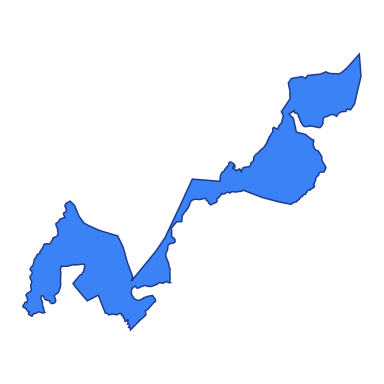 the district of San Mateo Yucutindoo, Oaxaca, Mexico
{"feature_id": "50627088B64335355179206", "entity_name": "San Mateo Yucutindoo", "entity_type": "district", "adm_level": 2, "iso_a3": "MEX", "parent_name": "Mexico", "parent_adm1": "Oaxaca", "projection": "robinson", "projection_center": [-97.391, 16.792], "detail": "fine", "context": "isolated", "style": "filled", "palette": "blue", "viewbox_px": 384, "rotation_deg": 0, "n_neighbors": 0, "source": "geoboundaries", "source_scale": "gbopen_adm2", "svg_char_len": 5965}
<svg xmlns="http://www.w3.org/2000/svg" viewBox="0 0 384 384"><path d="M70.0,201.1L66.6,203.1L65.4,204.2L64.9,206.4L65.5,207.0L66.5,210.2L65.7,212.0L65.3,212.0L63.9,212.8L63.6,213.1L63.5,213.6L63.6,214.6L65.0,217.3L64.9,217.5L60.2,219.0L58.2,221.9L55.9,223.7L56.1,225.8L57.1,227.3L58.0,232.3L57.9,234.1L57.4,235.6L56.4,236.6L54.4,237.2L52.9,238.0L52.3,240.2L49.9,243.7L49.4,244.0L46.3,243.7L44.9,244.0L43.9,244.7L43.4,246.2L41.8,249.2L39.9,251.7L39.8,252.3L40.0,253.2L37.2,254.6L36.2,256.7L36.2,257.4L34.4,259.1L33.2,264.9L30.1,268.7L30.3,269.9L32.2,271.9L32.0,273.8L30.0,276.5L30.1,278.2L31.7,281.2L31.8,281.9L30.6,286.0L31.4,289.7L31.1,290.5L29.7,292.1L28.3,292.6L26.9,293.8L26.0,295.0L26.0,295.5L27.1,297.5L27.4,299.0L27.4,301.4L26.7,302.5L25.7,302.1L24.7,302.7L24.3,304.0L23.1,305.4L23.0,306.9L26.2,308.9L27.5,310.9L29.4,311.9L29.3,312.2L28.6,312.7L28.4,313.9L29.7,315.1L31.9,316.3L33.7,313.6L35.6,313.4L36.2,313.0L36.8,313.0L37.4,312.3L38.2,312.0L39.5,312.0L42.1,312.9L43.6,313.0L44.9,312.5L44.0,311.2L43.5,307.7L43.0,307.2L42.5,305.1L42.5,302.7L41.8,300.4L41.1,298.8L41.0,297.8L41.3,296.3L41.7,295.7L42.9,295.9L44.0,297.1L44.6,299.0L45.9,299.9L49.3,300.8L50.4,302.5L51.4,303.5L52.7,303.5L54.4,302.9L54.9,302.5L55.6,301.4L55.8,300.4L54.2,295.7L55.1,294.8L58.0,292.8L58.6,291.9L60.1,287.8L60.7,285.3L60.5,280.1L60.7,278.8L60.4,277.9L60.9,273.5L60.4,270.4L60.6,268.4L61.2,267.6L61.2,266.6L61.9,265.9L63.2,266.4L68.5,266.2L70.4,265.4L73.5,264.8L76.6,264.9L82.2,264.1L84.2,264.3L84.6,264.6L84.5,267.5L84.8,268.0L84.1,268.9L83.9,270.1L84.0,270.9L83.1,271.9L81.6,274.5L80.6,274.8L79.7,275.4L73.0,283.5L75.2,286.7L87.3,300.9L88.7,299.9L89.9,299.6L98.2,295.1L105.4,313.2L106.5,313.2L107.5,313.6L108.7,314.9L113.0,313.9L116.4,314.8L117.2,314.7L119.3,313.4L120.9,313.4L121.4,313.6L121.5,315.2L122.3,315.2L123.3,316.1L123.4,316.6L123.1,317.0L124.3,318.5L125.1,321.3L125.4,321.6L126.9,320.1L127.7,319.8L128.2,320.0L128.1,320.6L127.6,321.3L128.1,322.7L127.6,324.2L128.7,324.1L129.5,324.8L129.5,325.7L128.5,327.2L129.3,327.7L130.3,327.8L130.5,329.9L139.7,320.5L145.9,315.0L145.5,310.9L145.8,310.2L146.5,310.2L148.3,308.9L153.8,302.5L155.4,301.6L155.6,300.3L155.3,299.3L152.5,295.5L148.8,296.1L143.9,297.7L141.7,299.2L140.1,300.0L138.1,300.3L136.5,300.0L134.6,298.9L133.9,298.2L131.8,295.1L131.2,292.3L131.9,288.3L132.7,288.2L133.8,286.8L134.8,286.2L135.7,286.7L136.6,288.0L138.6,288.0L141.7,286.4L142.9,286.2L144.2,285.5L145.8,285.7L147.7,286.4L151.0,286.5L155.0,285.2L156.0,284.3L157.0,284.5L158.5,282.9L160.1,282.6L161.8,283.1L163.5,283.1L165.9,281.6L166.8,281.5L167.7,282.3L168.8,282.8L170.5,282.5L169.7,281.3L170.1,278.9L170.0,275.1L169.7,274.0L170.0,272.6L169.8,270.3L170.2,268.6L169.3,267.4L168.7,264.8L168.6,263.3L166.2,257.2L165.7,254.8L166.3,252.5L167.3,250.3L167.7,248.9L167.9,246.0L168.5,244.6L171.9,243.0L173.1,243.1L174.2,242.8L175.1,241.6L175.0,239.7L174.5,238.7L171.7,236.6L171.5,228.0L176.4,222.1L178.4,221.6L180.3,221.8L181.7,221.6L182.1,217.4L182.4,215.6L182.9,214.7L185.0,211.8L186.5,210.6L186.4,209.5L188.2,208.0L189.8,203.9L190.0,202.7L190.8,201.5L192.5,200.0L193.4,199.6L196.1,199.2L199.5,199.6L205.1,198.3L205.7,198.5L206.2,200.0L206.7,200.6L208.0,201.3L208.7,203.0L210.8,204.9L212.8,203.7L215.7,202.7L216.9,201.7L217.1,200.8L216.8,199.6L216.9,199.0L217.3,198.5L218.7,197.8L221.9,193.5L222.5,194.1L223.9,194.0L227.9,192.0L229.3,192.9L229.9,193.0L231.5,191.8L232.4,191.6L233.9,191.9L237.4,191.9L239.1,191.4L241.3,191.4L243.2,190.2L262.3,197.5L279.4,202.0L291.0,204.3L294.3,202.2L296.6,201.8L297.1,201.0L297.0,200.8L299.2,199.5L299.8,198.3L300.1,198.2L300.3,197.7L301.1,196.8L302.5,196.4L303.3,194.9L304.4,194.3L305.4,194.4L305.5,193.8L306.9,192.1L307.5,190.5L308.9,190.0L310.1,190.1L311.4,188.7L313.5,187.8L313.6,187.0L314.3,186.8L314.5,185.6L314.2,185.4L314.1,184.9L313.4,184.4L314.0,183.4L314.5,183.1L315.6,180.1L315.7,178.5L317.0,176.3L318.1,175.7L318.8,174.7L318.5,173.7L320.2,172.1L323.8,172.0L324.2,171.7L324.6,170.2L325.0,170.1L325.7,168.8L325.4,167.9L325.9,167.2L322.3,161.1L321.8,159.3L321.8,156.8L319.3,152.5L318.1,150.9L315.8,150.0L315.1,149.4L314.4,148.4L314.3,147.5L313.6,146.6L313.1,143.1L313.8,141.2L313.7,140.1L312.9,139.6L312.4,139.8L307.2,136.0L305.9,134.6L296.3,132.0L293.4,118.4L289.1,114.2L294.1,110.5L294.2,111.9L294.5,112.7L295.0,113.0L297.3,113.3L297.8,113.9L298.6,116.7L299.6,118.7L300.7,121.8L302.6,125.0L303.9,126.3L304.8,126.6L306.0,126.6L307.8,126.4L308.5,125.9L309.6,126.3L311.2,125.9L318.7,127.6L320.0,127.6L321.2,126.4L322.9,123.7L323.1,119.3L323.6,118.0L324.7,117.0L327.7,116.3L330.4,114.8L332.1,114.5L333.8,114.7L336.6,116.3L337.9,114.2L339.6,112.6L341.9,111.6L345.3,111.5L346.3,110.8L346.7,109.5L347.3,108.8L348.2,109.4L349.4,109.4L350.2,109.9L350.7,109.6L354.5,104.0L361.0,76.2L359.3,54.1L347.1,67.8L342.1,72.2L339.3,73.8L330.4,73.5L327.9,72.8L325.8,71.8L320.5,74.1L307.6,75.4L305.3,78.4L302.2,76.6L291.3,78.5L288.3,83.1L290.1,92.0L289.8,93.4L290.1,98.7L281.3,111.8L282.7,114.0L283.2,116.6L282.6,118.2L282.1,120.8L281.1,123.6L279.9,124.6L278.9,126.0L278.1,127.8L277.8,129.3L273.9,127.4L272.9,128.1L272.7,132.2L271.6,133.1L270.7,135.1L269.0,137.3L269.1,138.0L268.6,139.2L267.8,139.9L267.6,141.3L267.0,141.7L267.2,143.0L265.7,144.3L265.5,145.1L263.5,147.9L261.6,149.1L257.4,153.4L255.9,154.4L254.1,156.7L253.8,157.4L253.6,160.6L251.1,162.8L250.7,163.7L250.4,165.5L249.9,166.3L247.4,167.1L246.4,166.9L245.0,167.2L242.8,168.0L241.3,171.8L240.6,171.2L240.3,170.5L240.3,169.5L239.4,168.9L237.4,170.4L236.5,170.0L236.3,170.8L234.4,168.9L232.6,168.3L232.8,167.4L233.3,166.4L233.8,166.3L234.6,167.2L235.0,167.0L234.6,164.6L231.7,162.4L230.4,162.0L229.4,162.2L228.8,163.4L228.5,165.2L225.1,169.0L223.9,171.2L223.2,171.8L222.4,172.0L221.3,173.5L220.4,175.9L220.0,180.0L220.1,181.3L192.3,179.1L178.6,208.9L164.9,237.9L156.0,251.0L131.2,281.3L132.8,276.9L127.4,262.7L123.2,247.3L117.5,235.6L116.8,235.7L99.3,230.4L88.2,225.4L83.9,223.0L79.1,216.4L74.4,205.2L70.0,201.1Z" fill="#3b82f6" stroke="#1e3a8a" stroke-width="1.5"/></svg>